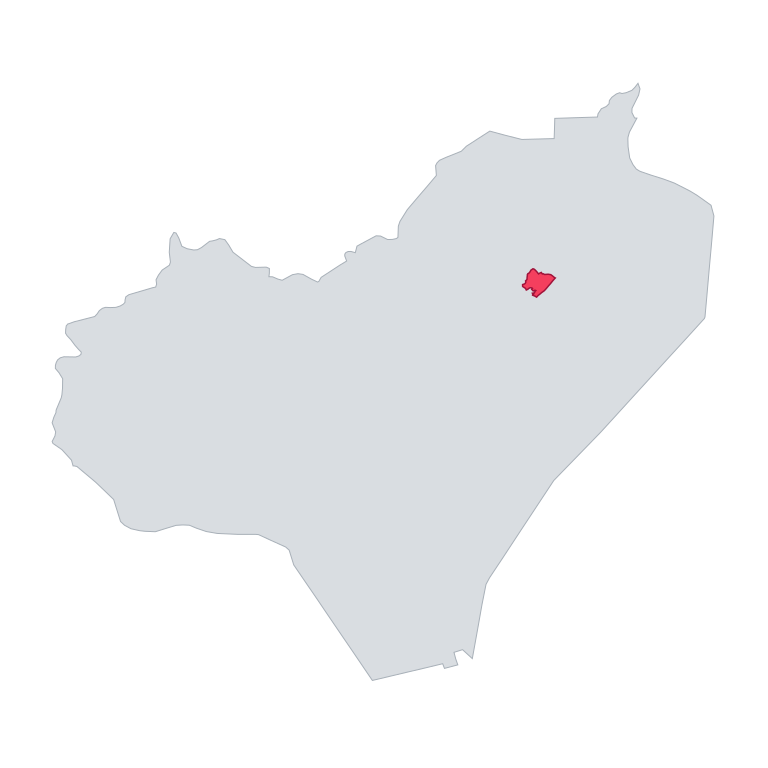 location of Al-Samawa, Al-Muthannia, Iraq, rotated 269°
{"feature_id": "34846034B29652817116796", "entity_name": "Al-Samawa", "entity_type": "district", "adm_level": 2, "iso_a3": "IRQ", "parent_name": "Iraq", "parent_adm1": "Al-Muthannia", "projection": "equal_earth", "projection_center": [45.309, 31.221], "detail": "fine", "context": "in_parent", "style": "filled", "palette": "rose", "viewbox_px": 768, "rotation_deg": 269, "n_neighbors": 0, "source": "geoboundaries", "source_scale": "gbopen_adm2", "svg_char_len": 4133}
<svg xmlns="http://www.w3.org/2000/svg" viewBox="0 0 768 768"><g transform="rotate(269 384 384)"><path d="M307.5,71.7L313.3,70.2L324.0,60.8L330.3,52.0L332.3,51.2L337.8,54.1L341.8,54.9L351.0,51.5L356.5,53.3L361.1,55.5L363.6,55.7L375.9,61.1L379.0,61.8L385.4,62.5L394.9,62.8L401.0,59.2L405.3,55.7L408.4,55.8L411.3,56.7L413.8,58.1L415.8,60.7L416.8,64.4L416.4,76.2L417.3,79.3L418.9,81.5L421.1,81.9L423.7,79.4L428.2,75.6L433.8,71.6L437.9,67.9L440.3,66.5L444.0,66.7L447.7,67.3L449.7,69.1L449.7,69.7L451.6,75.2L456.5,95.9L459.2,98.5L462.4,100.7L464.6,103.8L465.5,106.9L465.2,111.7L465.3,117.3L466.6,121.6L468.4,124.8L470.1,126.4L472.7,126.6L475.7,127.4L477.8,130.6L484.3,154.3L484.9,157.4L487.7,158.4L492.2,157.9L496.8,160.4L501.8,164.2L506.5,171.5L509.6,172.6L519.4,171.6L532.9,172.7L539.2,176.5L538.6,178.7L533.7,181.3L525.2,184.3L522.7,189.5L521.3,196.1L521.5,199.8L523.6,203.9L529.7,212.1L530.1,215.1L531.1,219.2L532.3,222.0L531.1,227.4L525.6,231.2L518.4,235.3L503.9,253.5L502.8,257.5L502.9,268.3L501.5,271.4L496.9,271.3L493.3,270.8L493.1,274.5L490.8,279.6L489.5,284.0L494.9,294.4L495.8,299.9L495.0,304.9L490.0,313.5L487.1,319.4L487.8,320.7L491.7,323.0L503.7,342.1L507.6,348.8L512.7,347.0L514.6,347.1L516.1,348.2L517.1,350.5L517.1,353.3L515.8,357.6L522.3,359.4L524.6,363.7L532.3,378.7L532.0,383.1L528.4,390.1L528.4,394.8L529.2,399.0L530.4,400.5L541.6,401.1L546.3,402.8L558.0,410.4L571.3,422.1L582.2,431.8L591.6,440.0L601.5,439.4L604.2,440.9L606.7,443.4L609.6,450.2L615.4,465.4L620.3,470.5L627.9,482.7L635.0,494.2L630.5,509.8L626.1,526.1L626.3,547.1L626.4,558.4L635.9,558.9L646.6,559.4L646.8,573.0L647.0,586.6L647.2,602.1L650.4,602.7L655.4,606.1L657.6,611.1L660.3,613.9L663.5,614.3L666.7,616.8L669.9,621.3L671.1,624.7L670.3,627.0L671.0,631.1L673.3,637.0L676.0,639.8L680.2,643.2L674.6,645.1L668.4,643.6L655.3,636.8L651.1,636.6L645.6,639.2L645.4,641.5L631.6,633.8L626.6,632.3L624.8,632.1L616.9,632.2L605.7,633.6L599.1,636.7L594.5,640.0L592.4,643.3L591.7,645.0L588.2,654.6L584.1,666.9L579.8,677.9L571.5,693.5L566.9,700.7L557.0,714.1L546.2,716.8L521.2,714.2L493.5,711.2L465.9,708.3L445.4,706.1L443.8,705.4L423.5,686.3L407.6,671.2L387.7,652.4L367.4,633.2L346.8,613.8L331.9,599.7L313.9,581.6L297.5,565.1L284.6,552.1L268.0,540.7L255.0,531.8L236.2,518.9L221.1,508.6L208.2,499.8L188.5,486.2L181.9,482.5L161.2,478.0L141.6,474.2L121.4,470.2L107.9,467.5L117.0,457.9L114.5,449.3L107.9,450.9L101.9,452.9L98.6,439.5L103.3,437.8L99.4,420.3L95.5,402.3L91.7,385.0L87.8,367.2L105.1,355.9L118.1,347.4L136.2,335.5L153.6,324.1L170.2,313.3L188.4,301.3L204.7,290.6L219.5,286.3L222.7,282.9L229.6,268.3L235.6,255.9L235.9,253.0L236.2,235.4L237.5,214.7L239.6,203.7L243.1,194.0L246.2,186.9L246.6,180.3L246.3,173.6L243.4,163.4L240.3,152.8L240.9,142.6L241.6,137.2L243.7,128.5L247.3,122.1L251.1,118.2L265.0,114.1L273.2,111.7L284.4,100.5L291.0,93.8L300.2,83.2L306.9,75.5L307.5,72.8L307.5,71.7Z" fill="#d9dde1" stroke="#a8b0b8" stroke-width="1"/><path d="M494.9,532.7L494.4,532.4L493.6,531.9L492.7,531.3L492.1,530.4L491.7,529.7L490.7,529.2L489.4,529.2L488.7,529.0L487.4,528.9L486.1,528.8L485.2,528.0L484.6,527.3L483.6,527.6L483.0,527.4L482.2,527.0L481.5,526.1L481.3,525.2L481.0,524.3L480.1,524.3L479.2,524.3L478.7,524.8L478.3,525.5L477.7,526.3L477.1,527.2L476.2,527.6L475.5,527.9L475.7,528.3L475.9,528.8L476.1,529.4L476.9,530.2L477.7,531.7L477.6,533.1L477.4,533.7L477.0,534.1L476.5,533.5L475.9,533.3L475.7,533.8L474.9,534.4L474.4,534.8L475.0,536.1L475.1,536.6L474.8,537.4L474.1,536.8L473.4,536.4L473.0,536.2L472.5,535.7L472.3,534.8L472.2,533.9L471.5,534.2L471.5,534.8L471.3,535.2L470.7,534.7L470.3,534.1L470.2,534.1L469.9,534.9L469.7,535.3L469.1,536.7L468.4,537.7L468.2,538.1L469.8,539.6L471.2,541.5L472.7,543.3L474.3,545.7L475.7,547.1L477.4,548.6L479.5,550.4L481.3,552.1L481.9,552.6L484.1,554.4L486.3,556.4L487.0,557.1L487.1,556.9L487.9,555.8L489.2,554.3L490.4,552.7L490.7,551.2L490.9,550.1L490.8,548.4L490.7,546.5L491.4,545.2L491.3,544.2L492.8,543.2L492.2,541.8L491.4,540.4L492.6,539.5L494.0,538.4L494.7,537.7L495.3,537.2L495.6,536.8L495.8,536.5L496.3,536.0L496.6,534.9L495.9,533.9L495.3,532.9L494.9,532.7Z" fill="#f43f5e" stroke="#9f1239" stroke-width="1.5"/></g></svg>